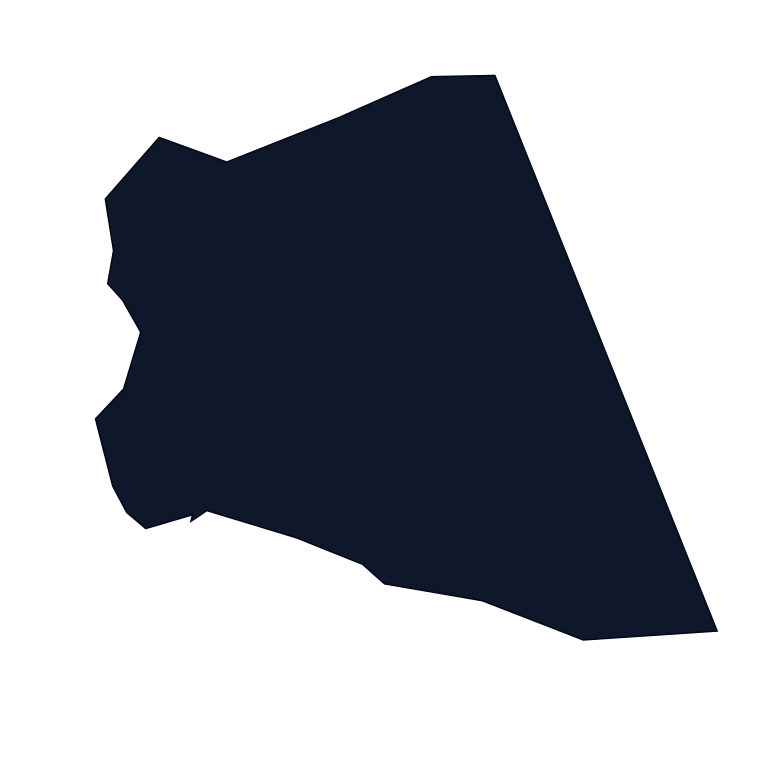 the district of Terre Blanche, Soufrière, Saint Lucia, rotated 261°
{"feature_id": "8701671B18283500133998", "entity_name": "Terre Blanche", "entity_type": "district", "adm_level": 2, "iso_a3": "LCA", "parent_name": "Saint Lucia", "parent_adm1": "Soufrière", "projection": "orthographic", "projection_center": [-61.05, 13.842], "detail": "fine", "context": "isolated", "style": "filled", "palette": "ink", "viewbox_px": 768, "rotation_deg": 261, "n_neighbors": 0, "source": "geoboundaries", "source_scale": "gbopen_adm2", "svg_char_len": 552}
<svg xmlns="http://www.w3.org/2000/svg" viewBox="0 0 768 768"><g transform="rotate(261 384 384)"><path d="M278.6,171.8L282.1,179.5L286.7,189.2L245.7,273.6L227.4,304.2L209.3,334.6L191.2,349.4L186.5,353.3L156.9,440.4L154.6,447.1L100.0,540.8L98.5,557.6L87.9,674.4L589.6,560.4L671.4,541.8L680.1,478.9L654.0,380.2L627.8,263.4L653.3,217.5L662.7,200.5L610.4,137.7L558.0,137.7L526.3,126.8L507.7,138.9L473.2,151.8L419.8,126.0L394.7,93.6L325.6,100.1L297.4,109.8L278.5,126.0L284.8,174.5L278.6,171.8Z" fill="#0f172a" stroke="#020617" stroke-width="1.5"/></g></svg>